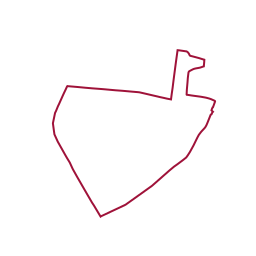 Ismailiyya 3, Al Isma`iliyah, Egypt, rotated 111°
{"feature_id": "37247803B16335235875864", "entity_name": "Ismailiyya 3", "entity_type": "district", "adm_level": 2, "iso_a3": "EGY", "parent_name": "Egypt", "parent_adm1": "Al Isma`iliyah", "projection": "equal_earth", "projection_center": [32.273, 30.612], "detail": "fine", "context": "isolated", "style": "outline", "palette": "rose", "viewbox_px": 256, "rotation_deg": 111, "n_neighbors": 0, "source": "geoboundaries", "source_scale": "gbopen_adm2", "svg_char_len": 1699}
<svg xmlns="http://www.w3.org/2000/svg" viewBox="0 0 256 256"><g transform="rotate(111 128 128)"><path d="M220.5,121.9L220.3,121.8L220.2,121.6L219.9,121.4L200.5,102.8L173.4,84.9L152.8,74.1L147.6,71.2L144.0,68.8L138.1,65.1L134.7,63.1L132.1,62.4L128.2,61.6L120.9,60.6L112.0,59.8L109.0,59.4L105.2,58.3L100.7,56.5L99.4,56.1L97.4,55.8L95.2,55.7L88.3,55.6L87.3,55.6L86.4,55.6L85.8,55.5L85.6,55.2L85.4,55.0L84.9,54.9L83.3,54.9L82.4,54.5L81.6,56.4L80.0,56.5L79.0,56.4L78.4,56.4L78.1,56.1L72.7,56.2L72.4,56.2L72.1,56.2L71.6,56.6L71.6,56.9L71.5,57.1L71.4,59.2L71.3,61.0L71.4,63.0L71.7,65.8L71.9,67.0L72.7,71.2L74.1,77.1L74.9,80.5L75.4,82.9L75.9,85.1L75.7,85.3L71.1,86.8L64.1,88.8L59.8,90.1L54.6,91.4L53.7,91.4L53.4,91.3L53.0,91.1L52.4,90.6L50.9,89.3L49.7,88.2L49.0,87.4L48.1,86.1L46.9,84.1L45.9,82.5L44.7,81.0L43.7,79.9L43.5,79.6L43.3,79.3L39.1,80.5L36.9,81.2L36.9,81.7L37.0,82.1L37.3,86.9L38.0,93.5L38.3,95.8L38.1,96.1L38.0,96.5L37.5,97.0L36.7,97.9L35.9,99.2L35.6,100.2L35.5,100.8L35.7,101.6L36.1,103.4L36.6,105.6L37.3,108.7L37.5,109.2L37.6,109.6L49.2,106.9L61.7,103.9L67.9,102.4L74.3,100.8L80.5,99.4L85.9,98.1L86.6,102.0L87.1,105.5L87.7,109.3L88.0,111.7L88.7,116.6L89.7,123.9L90.5,129.5L90.7,130.6L90.8,130.9L90.9,131.3L93.0,138.6L95.1,146.0L97.3,153.3L99.4,160.7L100.3,163.9L101.5,168.0L103.7,175.3L105.8,182.6L107.8,189.8L109.8,196.7L110.5,199.1L110.6,199.6L110.9,199.7L111.0,199.7L111.4,199.8L114.6,200.0L118.3,200.3L121.5,200.5L130.6,201.0L132.8,201.2L137.9,201.3L140.1,201.5L150.5,199.8L156.9,196.3L160.3,194.4L165.9,188.7L175.6,177.0L177.8,174.3L181.1,170.0L185.7,165.3L186.5,164.4L191.5,158.4L201.0,146.7L210.5,134.9L212.5,132.1L220.5,121.9Z" fill="none" stroke="#9f1239" stroke-width="2"/></g></svg>